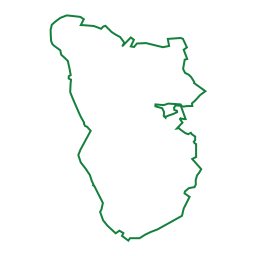 Al Qurashi, Gezira, Sudan (Mercator projection)
{"feature_id": "16777658B73110650377423", "entity_name": "Al Qurashi", "entity_type": "district", "adm_level": 2, "iso_a3": "SDN", "parent_name": "Sudan", "parent_adm1": "Gezira", "projection": "mercator", "projection_center": [32.662, 14.291], "detail": "fine", "context": "isolated", "style": "outline", "palette": "green", "viewbox_px": 256, "rotation_deg": 0, "n_neighbors": 0, "source": "geoboundaries", "source_scale": "gbopen_adm2", "svg_char_len": 2062}
<svg xmlns="http://www.w3.org/2000/svg" viewBox="0 0 256 256"><path d="M139.6,238.2L145.1,234.7L150.7,232.0L157.5,229.4L182.0,215.8L183.7,208.5L189.6,196.9L184.5,193.3L184.9,191.5L188.9,188.1L194.5,187.1L195.8,184.5L195.7,180.0L197.1,175.3L199.5,172.2L201.2,169.1L192.2,159.0L196.1,157.0L196.1,144.1L194.6,143.2L193.8,141.7L195.1,140.3L195.2,136.6L191.9,134.3L190.9,132.8L188.1,134.2L185.3,133.1L180.3,129.5L178.9,128.2L176.9,128.5L182.5,122.6L180.0,119.1L180.6,118.4L180.7,118.5L181.0,118.5L181.7,118.7L183.4,118.9L184.5,119.1L185.0,119.2L185.6,119.1L180.9,106.0L179.8,105.7L175.5,105.4L174.0,107.9L174.2,108.4L174.2,108.5L174.2,109.0L174.3,109.9L175.4,110.4L176.6,110.6L177.1,111.1L177.1,112.2L173.2,114.0L168.6,115.5L166.8,116.4L166.5,116.5L165.7,116.5L165.5,117.7L163.8,116.1L164.0,111.9L162.2,108.2L155.4,106.3L155.5,104.4L162.1,105.0L164.4,104.9L168.2,103.6L180.6,104.4L181.7,106.1L183.7,106.6L186.6,106.1L192.3,106.0L192.0,103.3L195.1,100.6L200.2,95.0L205.4,91.2L194.1,83.1L194.3,82.1L191.1,77.0L188.8,74.8L185.0,72.8L183.1,68.9L184.7,59.7L187.2,59.0L183.7,49.7L186.9,47.4L182.9,38.8L180.6,38.0L167.8,38.9L169.1,46.0L162.9,47.2L146.1,43.1L136.9,43.5L134.0,47.0L130.8,46.4L133.9,39.8L130.8,37.5L122.2,46.4L124.3,42.7L120.2,37.1L115.1,34.3L111.5,31.9L110.8,31.2L105.4,25.8L103.2,26.6L101.1,28.8L98.1,27.6L93.8,26.0L84.0,25.2L80.8,25.1L83.8,19.2L80.3,16.9L79.4,16.8L76.2,16.4L66.8,15.4L61.5,17.4L60.0,18.1L59.1,18.8L55.6,21.4L51.8,24.7L50.6,30.0L50.8,35.8L51.1,40.9L52.4,44.1L54.0,45.7L60.3,50.3L61.2,54.7L64.8,58.0L67.8,60.9L69.4,68.0L70.7,75.1L68.8,76.2L68.7,78.5L71.0,79.7L70.6,83.4L70.2,91.8L70.4,92.7L73.1,99.4L75.5,104.9L79.2,113.4L80.9,117.0L84.1,122.7L84.0,123.8L85.1,126.0L87.1,126.8L90.7,130.8L87.6,136.5L85.3,140.7L82.7,145.5L81.5,147.8L80.5,149.5L78.3,155.1L80.8,162.5L85.5,168.5L89.9,175.1L91.7,180.7L93.5,184.6L93.1,185.3L94.3,186.0L102.9,203.0L101.4,209.6L100.1,211.9L103.1,220.3L107.2,225.4L108.2,226.4L115.7,233.3L119.4,230.7L123.4,233.1L122.0,235.9L128.3,240.6L130.0,238.2L139.6,238.2Z" fill="none" stroke="#15803d" stroke-width="2"/></svg>